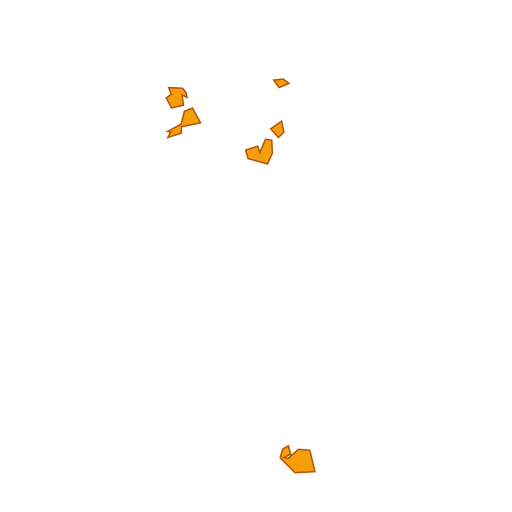 the border of Kepulauan Riau, rotated 121°
{"feature_id": "IDN-1796", "entity_name": "Kepulauan Riau", "entity_type": "Province", "adm_level": 1, "iso_a3": "IDN", "parent_name": "Indonesia", "parent_adm1": "", "projection": "albers", "projection_center": [105.285, 2.055], "detail": "coarse", "context": "isolated", "style": "filled", "palette": "amber", "viewbox_px": 512, "rotation_deg": 121, "n_neighbors": 0, "source": "natural_earth", "source_scale": "10m", "svg_char_len": 770}
<svg xmlns="http://www.w3.org/2000/svg" viewBox="0 0 512 512"><g transform="rotate(121 256 256)"><path d="M421.7,111.1L416.6,131.3L407.9,133.7L402.0,130.6L408.1,124.2L414.2,128.2L413.0,124.2L399.9,120.1L394.8,109.8L410.5,94.4L421.7,111.1ZM171.2,293.5L176.6,313.0L170.6,319.5L161.0,311.1L165.2,306.1L151.1,308.0L148.6,302.1L159.6,294.9L171.2,293.5ZM189.1,383.3L199.8,392.6L193.6,393.0L194.8,395.9L181.6,388.2L168.8,391.9L161.9,386.7L170.4,372.1L183.6,386.5L189.1,383.3ZM164.1,395.9L172.6,404.6L166.8,414.4L160.9,411.9L156.6,417.6L150.0,405.3L151.9,400.4L155.5,396.8L156.0,402.2L164.1,395.9ZM142.9,297.7L139.4,308.9L127.2,303.5L135.4,295.9L142.9,297.7ZM99.7,322.9L96.1,331.4L90.3,323.8L91.1,316.6L99.7,322.9Z" fill="#f59e0b" stroke="#b45309" stroke-width="1.5"/></g></svg>